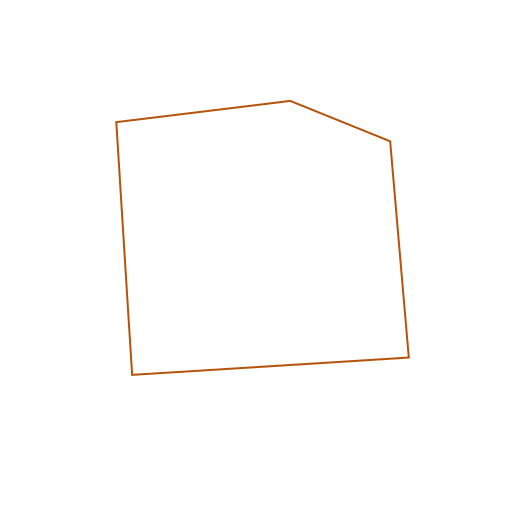 30, Ad Dawhah, Qatar, rotated 112°
{"feature_id": "91078587B91130659475882", "entity_name": "30", "entity_type": "district", "adm_level": 2, "iso_a3": "QAT", "parent_name": "Qatar", "parent_adm1": "Ad Dawhah", "projection": "mercator", "projection_center": [51.461, 25.361], "detail": "fine", "context": "isolated", "style": "outline", "palette": "amber", "viewbox_px": 512, "rotation_deg": 112, "n_neighbors": 0, "source": "geoboundaries", "source_scale": "gbopen_adm2", "svg_char_len": 283}
<svg xmlns="http://www.w3.org/2000/svg" viewBox="0 0 512 512"><g transform="rotate(112 256 256)"><path d="M101.7,286.6L103.0,288.9L184.2,435.7L360.5,351.3L412.6,326.3L411.4,323.8L292.9,76.3L99.4,174.6L99.4,282.4L101.7,286.6Z" fill="none" stroke="#b45309" stroke-width="2"/></g></svg>